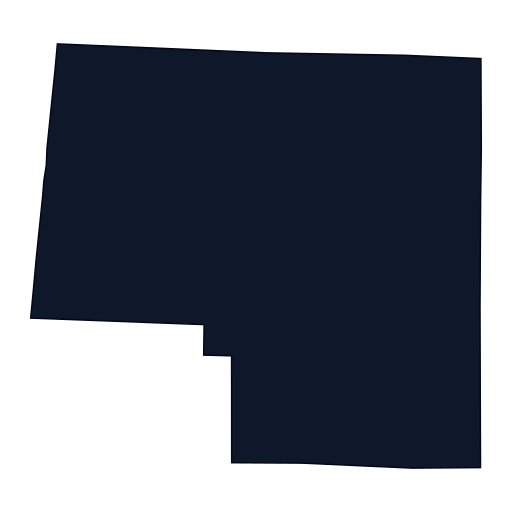 the district of Marion, Alabama, United States of America
{"feature_id": "52423323B32339389880328", "entity_name": "Marion", "entity_type": "district", "adm_level": 2, "iso_a3": "USA", "parent_name": "United States of America", "parent_adm1": "Alabama", "projection": "equal_earth", "projection_center": [-87.968, 34.118], "detail": "fine", "context": "isolated", "style": "filled", "palette": "ink", "viewbox_px": 512, "rotation_deg": 0, "n_neighbors": 0, "source": "geoboundaries", "source_scale": "gbopen_adm2", "svg_char_len": 424}
<svg xmlns="http://www.w3.org/2000/svg" viewBox="0 0 512 512"><path d="M57.4,43.9L55.6,63.6L54.8,72.3L54.6,74.0L47.0,148.3L46.3,165.2L43.9,180.5L42.7,195.9L36.3,257.9L33.5,288.6L30.7,318.1L204.1,324.6L203.7,355.1L231.6,355.8L231.7,462.7L301.5,463.1L412.3,468.1L480.5,467.6L480.2,376.7L480.0,305.7L480.6,200.6L481.3,149.2L480.9,58.6L405.3,55.3L265.4,52.8L57.4,43.9Z" fill="#0f172a" stroke="#020617" stroke-width="1.5"/></svg>